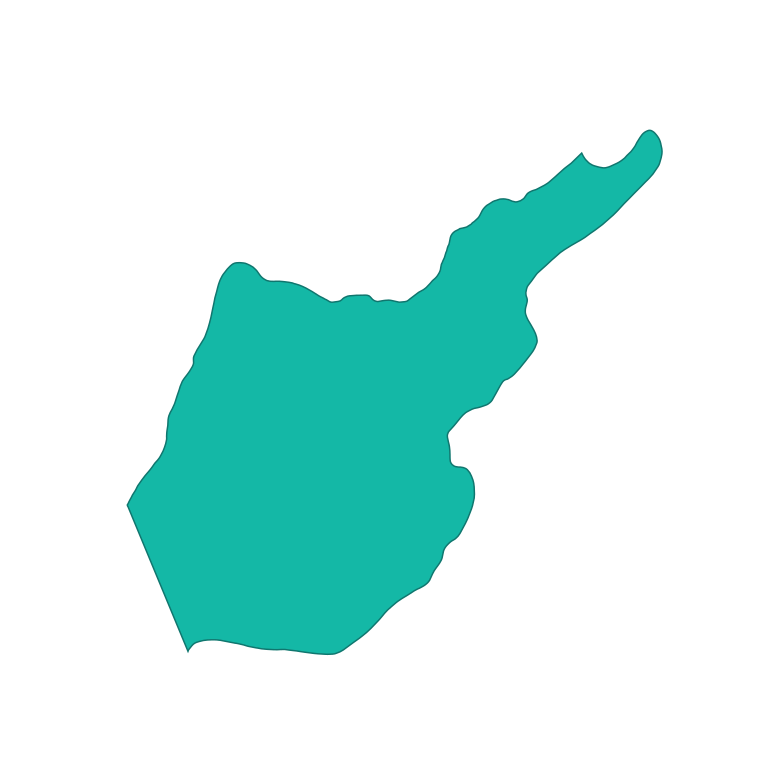 the district of Myette Gardens, Micoud, Saint Lucia, rotated 281°
{"feature_id": "8701671B96600181049115", "entity_name": "Myette Gardens", "entity_type": "district", "adm_level": 2, "iso_a3": "LCA", "parent_name": "Saint Lucia", "parent_adm1": "Micoud", "projection": "albers", "projection_center": [-60.903, 13.818], "detail": "fine", "context": "isolated", "style": "filled", "palette": "teal", "viewbox_px": 768, "rotation_deg": 281, "n_neighbors": 0, "source": "geoboundaries", "source_scale": "gbopen_adm2", "svg_char_len": 6161}
<svg xmlns="http://www.w3.org/2000/svg" viewBox="0 0 768 768"><g transform="rotate(281 384 384)"><path d="M215.4,155.5L214.6,156.2L84.2,242.6L85.8,242.9L90.4,245.3L92.1,246.4L93.4,247.6L94.6,249.2L96.0,251.8L97.8,255.7L99.0,259.4L99.9,263.1L100.6,266.6L100.9,268.6L101.2,272.2L101.2,287.0L101.3,288.7L101.3,290.4L101.1,295.9L100.7,299.5L100.6,301.2L100.6,308.8L100.7,310.6L100.7,314.2L101.2,319.3L102.2,326.5L102.8,329.9L103.7,333.4L104.5,337.3L104.7,341.3L105.0,345.4L105.3,349.1L105.4,353.0L105.6,357.1L106.2,366.8L106.6,370.8L107.6,378.3L107.9,380.2L109.1,385.2L109.8,387.2L110.8,388.9L112.7,391.9L113.9,393.3L115.2,394.8L123.8,402.7L129.7,408.3L132.7,410.9L137.3,414.7L141.8,417.9L150.2,423.3L152.3,424.6L159.2,428.4L162.9,430.7L168.2,434.8L171.7,437.6L173.3,439.0L176.8,442.5L181.8,448.0L187.0,453.4L189.2,456.1L190.2,457.6L191.3,459.0L193.0,461.0L194.3,462.4L195.7,463.6L197.0,464.6L198.5,465.5L200.0,466.2L203.3,467.0L206.7,467.8L210.3,468.9L212.6,469.9L217.1,472.0L218.7,472.7L221.0,473.5L222.3,473.9L224.3,474.2L231.5,474.3L233.1,474.6L235.0,475.2L236.9,476.1L238.5,477.1L240.0,478.1L241.6,479.3L242.9,480.5L244.2,482.0L245.5,483.4L247.1,484.6L248.9,485.8L250.5,486.5L252.1,487.2L262.7,490.5L266.6,491.5L268.7,492.0L278.0,493.7L281.5,494.1L285.1,494.2L289.2,494.3L293.1,493.8L298.2,492.6L300.3,492.1L303.7,491.0L305.3,490.3L306.9,489.5L310.3,487.4L311.2,486.7L313.2,485.2L315.8,482.1L316.6,480.5L316.9,479.0L317.1,477.6L317.0,474.9L316.7,473.2L316.6,471.5L316.6,469.7L316.8,468.6L317.8,466.4L319.0,465.0L320.4,464.0L322.0,463.4L324.0,462.9L327.4,462.2L331.3,461.3L334.9,460.2L336.5,459.6L339.8,458.1L343.6,456.5L345.4,456.0L346.9,456.0L349.1,456.4L350.7,457.2L352.1,458.1L356.8,460.9L360.3,462.8L365.4,465.5L368.5,467.4L370.1,468.6L371.5,469.7L372.7,471.0L374.0,472.6L376.1,475.3L377.3,477.3L378.7,480.7L379.6,482.6L381.4,485.8L383.2,488.8L384.4,490.2L385.9,491.5L387.3,492.5L388.9,493.3L390.5,493.8L392.3,494.4L396.2,495.7L401.9,497.5L405.5,498.7L408.7,500.0L410.2,501.0L411.2,502.1L411.7,502.9L412.2,504.0L412.9,504.9L415.9,508.0L417.4,509.2L418.8,510.2L425.4,514.2L429.0,516.1L433.5,518.5L441.9,522.7L445.0,524.1L448.4,525.2L453.8,526.2L455.5,526.1L456.7,525.7L459.2,524.8L462.3,523.1L465.5,520.8L470.0,517.0L474.1,513.3L475.7,512.1L477.3,511.0L479.0,510.0L480.7,509.2L482.4,508.8L484.5,508.5L486.3,508.5L489.6,508.7L492.0,508.8L493.8,508.6L494.8,508.3L496.2,507.6L497.0,507.1L498.2,506.5L500.7,505.8L504.5,505.8L506.4,506.0L508.2,506.6L513.3,509.2L518.5,511.6L520.4,512.5L521.9,513.3L523.4,514.4L531.2,520.3L537.8,525.1L541.1,527.7L545.7,531.2L547.3,532.6L550.6,535.8L551.7,537.0L555.6,541.2L563.3,550.1L566.2,553.2L571.1,557.7L575.2,561.7L577.2,563.5L582.3,568.1L590.5,574.4L593.6,576.8L598.5,580.1L606.9,585.3L610.5,587.7L612.9,589.3L619.0,593.3L626.9,598.6L631.8,601.8L636.2,604.8L641.4,607.9L649.5,611.4L651.6,612.1L653.4,612.4L659.0,612.9L662.8,612.9L665.1,612.6L666.3,612.3L668.0,611.8L671.5,610.3L673.0,609.7L674.8,608.8L676.5,607.7L678.1,606.4L679.4,605.1L680.3,604.1L681.8,602.2L682.7,600.8L683.4,599.2L683.8,597.5L683.6,595.8L682.8,594.3L681.7,592.8L680.7,591.7L679.2,590.5L677.7,589.6L674.6,588.2L669.4,586.2L667.3,585.6L665.6,585.1L663.5,584.2L660.6,582.8L659.1,582.0L654.7,578.9L651.7,577.1L650.4,576.0L648.8,574.6L646.7,572.5L645.0,570.4L640.9,564.7L639.9,563.1L639.1,561.5L638.4,559.9L638.0,558.0L637.9,554.4L638.0,552.4L638.3,548.9L638.6,547.0L639.2,545.2L639.7,543.7L640.7,542.0L642.8,539.0L643.8,537.9L645.7,536.1L648.4,534.0L636.5,525.7L631.3,521.1L629.8,519.8L618.9,511.6L613.4,507.3L611.9,505.9L609.6,503.4L604.9,497.5L603.9,496.2L602.2,493.1L601.3,491.7L600.3,490.4L599.1,489.1L597.7,488.1L594.3,486.6L592.7,485.8L590.1,483.2L589.2,481.7L588.4,480.2L587.8,478.6L587.9,474.9L588.7,471.2L588.7,467.7L588.5,466.0L588.1,464.3L587.6,462.5L586.7,460.9L585.8,459.4L584.9,457.6L583.9,456.1L581.4,453.5L579.0,450.9L577.6,449.8L576.0,448.8L574.5,448.0L572.8,447.3L567.9,445.9L566.2,445.3L564.7,444.5L560.6,441.5L559.1,440.0L557.5,439.1L553.8,435.1L552.3,432.0L551.0,428.8L549.8,427.6L547.6,424.7L546.4,423.6L545.0,422.6L543.5,421.9L541.9,421.4L540.2,421.2L535.0,421.2L533.3,421.1L531.7,420.6L529.9,420.3L526.5,420.1L524.7,419.7L519.6,419.2L516.0,418.3L514.3,418.0L512.5,417.5L508.9,417.5L507.3,417.6L505.5,417.4L503.8,417.0L502.1,416.4L500.3,415.7L498.8,414.9L497.4,414.0L494.7,411.9L491.5,410.1L486.8,407.1L485.5,406.0L484.0,404.6L480.6,400.5L472.2,393.0L470.8,391.9L469.6,390.6L468.8,388.8L467.7,385.1L467.2,383.3L467.4,376.1L467.4,374.3L467.2,372.6L466.3,369.1L465.7,367.3L463.7,362.1L463.7,360.2L464.0,358.5L464.8,356.7L466.9,353.9L467.7,352.4L467.9,350.6L467.7,348.9L466.2,341.9L465.8,339.9L465.3,338.2L463.9,333.1L463.2,331.4L462.2,329.9L461.2,328.5L459.9,327.3L458.4,326.3L457.2,325.1L456.3,323.3L455.8,321.8L454.5,318.0L454.2,316.3L454.5,314.7L455.7,311.4L456.1,309.7L456.7,308.1L457.6,304.8L458.2,303.0L461.0,295.9L463.3,289.0L464.2,285.5L464.9,282.0L465.3,278.4L465.4,276.6L465.7,274.9L465.7,271.4L465.3,265.6L464.9,261.8L464.2,258.2L463.7,256.3L463.1,252.6L463.2,249.2L463.7,247.5L464.3,245.9L465.0,244.4L466.1,242.7L467.2,241.4L471.0,237.4L471.9,236.1L473.7,233.2L474.9,229.9L475.3,228.3L475.7,226.6L476.0,224.9L476.0,223.1L475.8,221.2L475.6,219.3L475.2,217.6L474.7,215.7L474.0,214.1L472.8,212.5L471.4,211.3L470.1,210.3L467.0,208.3L460.9,205.2L459.1,204.5L455.6,203.5L453.7,203.1L450.4,202.6L446.7,202.3L442.7,202.1L436.4,201.6L430.3,201.6L426.3,201.5L416.3,201.4L410.7,201.1L404.9,200.6L397.9,199.5L396.2,199.2L394.1,198.6L381.9,194.0L375.1,192.1L373.3,192.0L371.6,192.3L368.2,193.1L366.5,193.0L364.6,192.6L359.6,190.8L356.3,189.3L351.5,186.9L349.9,186.2L348.1,185.5L342.7,184.4L338.7,184.0L333.1,183.2L326.1,182.4L324.2,182.1L318.9,180.8L315.2,179.6L311.7,178.9L309.7,178.8L307.6,178.9L302.0,179.7L296.8,179.9L294.5,180.1L291.1,180.6L289.4,181.0L287.8,181.2L283.7,181.1L279.7,180.6L275.9,179.9L270.6,178.3L268.9,177.7L267.4,177.0L265.9,176.2L262.6,174.2L257.9,172.1L254.7,170.5L248.3,166.9L243.6,164.6L238.7,162.4L237.1,161.7L235.4,161.2L233.5,160.7L231.9,160.2L230.1,159.5L226.8,158.2L225.2,157.8L221.7,156.7L219.7,156.1L218.0,155.7L216.3,155.1L215.4,155.5Z" fill="#14b8a6" stroke="#0f766e" stroke-width="1.5"/></g></svg>